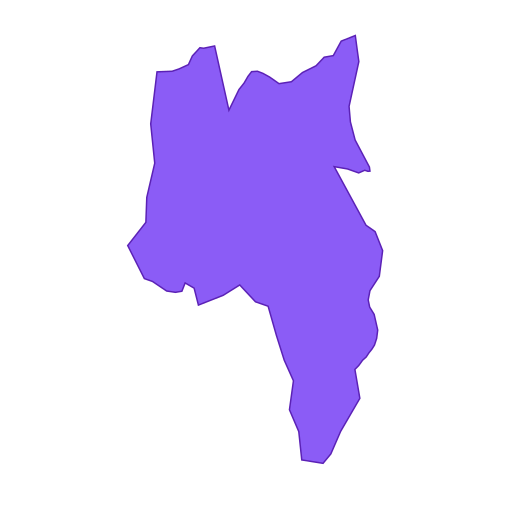 an SVG outline of Erglu, rotated 84°
{"feature_id": "LVA-5786", "entity_name": "Erglu", "entity_type": "Municipality", "adm_level": 1, "iso_a3": "LVA", "parent_name": "Latvia", "parent_adm1": "", "projection": "equal_earth", "projection_center": [25.673, 56.885], "detail": "fine", "context": "isolated", "style": "filled", "palette": "violet", "viewbox_px": 512, "rotation_deg": 84, "n_neighbors": 0, "source": "natural_earth", "source_scale": "10m", "svg_char_len": 1116}
<svg xmlns="http://www.w3.org/2000/svg" viewBox="0 0 512 512"><g transform="rotate(84 256 256)"><path d="M47.1,134.2L61.4,133.8L73.4,133.4L116.9,147.8L132.5,148.1L151.0,145.3L179.4,133.9L183.5,133.8L183.5,135.8L182.1,138.9L184.1,145.2L179.0,155.9L175.3,168.9L236.9,143.4L244.2,135.0L263.9,129.5L289.1,135.5L302.4,146.3L311.4,149.0L318.7,148.3L326.4,144.6L342.4,142.7L350.5,144.6L357.0,147.5L360.8,150.5L364.0,153.7L368.0,157.0L370.8,160.9L375.7,165.3L379.1,169.5L408.4,167.6L439.3,190.2L460.7,202.3L469.2,211.0L463.6,231.8L435.1,231.8L412.4,238.8L384.0,231.8L362.6,238.8L337.1,244.0L307.2,249.2L301.5,261.3L283.1,275.2L291.6,292.6L298.8,318.4L281.5,320.9L275.4,329.3L283.3,333.4L283.7,339.9L281.5,348.5L270.5,361.6L266.8,369.4L232.2,382.5L211.0,362.0L186.3,358.5L153.1,347.0L113.6,346.9L62.5,335.2L63.5,320.1L61.9,313.0L58.6,303.2L50.4,298.4L43.0,290.0L43.9,286.4L42.8,275.2L108.2,267.7L88.6,255.5L82.8,249.8L76.5,245.2L72.2,241.1L72.4,235.3L75.1,230.0L79.5,223.7L87.0,215.1L86.4,202.6L78.4,190.6L73.1,176.4L65.4,167.4L64.8,158.2L51.2,148.8L47.1,134.2Z" fill="#8b5cf6" stroke="#5b21b6" stroke-width="1.5"/></g></svg>